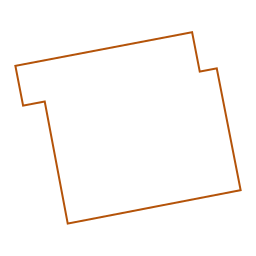 Calhoun, Iowa, United States of America, rotated 349°
{"feature_id": "52423323B65243401822289", "entity_name": "Calhoun", "entity_type": "district", "adm_level": 2, "iso_a3": "USA", "parent_name": "United States of America", "parent_adm1": "Iowa", "projection": "robinson", "projection_center": [-94.625, 42.385], "detail": "fine", "context": "isolated", "style": "outline", "palette": "amber", "viewbox_px": 256, "rotation_deg": 349, "n_neighbors": 0, "source": "geoboundaries", "source_scale": "gbopen_adm2", "svg_char_len": 276}
<svg xmlns="http://www.w3.org/2000/svg" viewBox="0 0 256 256"><g transform="rotate(349 128 128)"><path d="M226.7,210.5L226.5,86.4L209.2,86.3L209.2,46.2L29.3,45.5L29.3,86.0L51.3,86.1L50.6,210.3L138.3,210.4L226.7,210.5Z" fill="none" stroke="#b45309" stroke-width="2"/></g></svg>